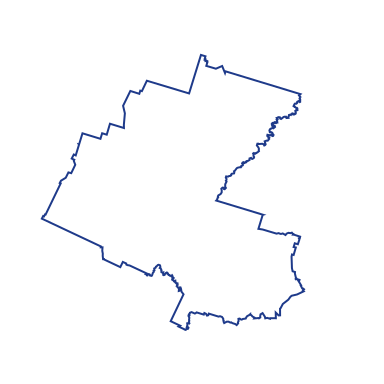 the district of Greater Bendigo, Victoria, Australia, rotated 17°
{"feature_id": "25037944B4073485904680", "entity_name": "Greater Bendigo", "entity_type": "district", "adm_level": 2, "iso_a3": "AUS", "parent_name": "Australia", "parent_adm1": "Victoria", "projection": "robinson", "projection_center": [144.51, -36.723], "detail": "fine", "context": "isolated", "style": "outline", "palette": "blue", "viewbox_px": 384, "rotation_deg": 17, "n_neighbors": 0, "source": "geoboundaries", "source_scale": "gbopen_adm2", "svg_char_len": 6049}
<svg xmlns="http://www.w3.org/2000/svg" viewBox="0 0 384 384"><g transform="rotate(17 192 192)"><path d="M160.5,58.3L160.4,98.6L116.3,98.8L114.6,110.2L112.9,110.2L112.9,113.5L103.5,113.4L100.9,129.7L104.8,136.4L107.2,147.7L108.2,150.7L93.6,150.7L93.7,162.1L88.9,162.1L88.9,167.9L70.1,167.9L70.1,179.6L69.8,179.6L70.1,179.9L70.1,191.0L68.0,190.7L67.2,195.2L70.0,195.6L69.8,196.7L72.4,200.1L71.0,209.3L68.1,209.4L67.1,215.3L63.4,219.5L62.9,222.1L63.9,222.2L58.6,256.4L58.0,256.4L57.6,258.6L56.7,258.5L56.2,261.4L120.8,270.7L120.9,271.6L122.6,271.1L123.4,274.5L124.7,277.0L125.3,279.2L126.6,282.2L127.4,281.9L127.5,282.2L145.4,284.8L146.3,279.1L150.0,279.6L150.4,280.6L151.5,280.8L153.8,280.5L172.3,283.1L171.8,284.0L172.5,284.0L173.1,284.9L173.8,284.8L173.9,284.2L174.7,283.1L175.8,283.3L176.2,284.1L177.7,284.1L178.0,283.9L178.2,283.1L178.2,280.8L178.8,279.5L178.3,278.5L179.0,277.9L178.2,276.2L179.3,275.1L179.3,274.0L179.7,273.7L180.7,271.8L181.5,271.3L182.9,271.5L183.7,273.0L183.4,274.1L184.4,274.3L185.3,275.1L185.3,275.7L186.0,276.3L186.0,277.4L187.4,277.9L188.1,277.3L188.7,279.7L189.3,279.8L190.0,279.3L189.9,278.6L190.7,277.8L190.7,277.1L191.5,276.3L192.8,276.9L192.8,277.4L193.4,277.9L194.0,278.2L194.7,277.9L195.2,278.5L196.0,278.4L196.8,278.7L197.3,277.4L197.6,277.6L198.0,278.9L198.4,278.8L198.9,279.5L199.6,279.6L199.6,279.9L198.6,280.6L198.5,281.2L198.7,281.7L200.4,282.0L200.7,282.6L201.4,282.9L202.1,281.9L203.0,283.7L204.7,283.6L204.7,284.0L205.2,284.3L204.7,285.3L205.4,285.8L205.2,286.3L205.7,286.3L206.0,287.3L208.1,288.2L208.0,289.2L208.3,290.5L208.9,290.1L209.8,288.7L208.4,287.0L208.4,286.7L208.9,286.6L209.8,287.8L211.1,290.4L213.8,292.3L209.4,321.8L219.7,323.3L218.5,324.6L224.7,325.5L225.0,325.7L226.3,325.7L226.7,324.3L228.0,324.2L228.3,323.2L228.3,322.8L227.9,322.5L226.5,322.7L226.5,320.5L225.8,319.0L226.8,318.5L227.8,318.6L227.9,318.3L227.0,317.5L227.1,316.0L226.6,315.4L226.2,313.0L224.9,311.6L225.7,310.8L225.6,310.4L224.8,309.9L225.3,308.9L225.3,308.1L226.7,307.0L230.2,307.4L230.8,307.0L231.6,305.8L239.1,305.8L239.2,304.1L241.0,304.4L242.5,305.8L243.6,305.1L243.6,303.4L253.8,303.4L255.1,302.6L257.2,302.7L258.9,304.0L259.3,305.3L259.9,305.7L260.1,306.8L261.1,307.9L263.2,305.8L265.0,305.3L266.1,305.6L267.1,305.6L267.5,305.2L269.0,305.6L272.0,305.6L273.6,306.2L274.5,304.1L274.1,303.6L274.1,302.5L274.3,301.8L273.5,299.7L274.6,299.1L276.0,299.6L276.9,299.5L277.7,298.6L280.4,297.3L280.5,296.1L281.1,294.5L282.5,293.2L283.4,291.8L283.6,292.4L284.7,292.4L286.3,293.4L288.7,293.9L288.5,294.7L292.9,292.9L293.1,293.1L294.0,292.0L293.6,291.1L293.3,289.0L294.9,287.2L298.2,290.0L299.0,291.4L300.7,290.4L303.8,290.4L303.8,289.8L309.1,288.2L307.3,282.8L311.0,284.7L312.3,284.2L310.3,277.8L310.7,277.2L311.6,272.5L315.6,266.8L316.7,263.6L317.6,262.1L322.4,259.3L327.8,254.4L326.9,254.1L327.6,252.3L326.5,251.9L326.2,252.3L325.5,251.9L323.3,249.6L323.6,249.3L320.1,246.2L320.5,246.1L320.5,244.6L317.3,244.6L316.9,245.1L316.6,244.9L317.2,244.1L316.3,243.4L314.2,239.8L313.9,238.4L311.4,238.4L309.8,235.5L306.1,224.7L305.9,222.5L307.6,222.5L307.5,214.7L305.3,214.9L305.3,211.0L308.5,211.0L308.6,206.0L307.8,205.1L308.6,204.6L308.5,203.1L302.1,203.0L300.9,203.3L301.0,202.5L300.6,202.5L299.4,201.7L298.1,202.6L296.3,202.8L295.5,203.4L294.6,204.2L294.0,205.8L290.9,205.1L289.9,205.8L288.8,206.2L286.9,206.0L285.0,207.1L270.6,207.2L266.3,207.8L266.3,193.2L266.6,193.0L217.7,193.1L218.3,191.8L218.1,190.6L218.3,190.4L218.6,189.3L218.0,188.6L218.2,187.5L219.9,185.7L220.5,183.8L220.0,181.9L219.1,180.3L219.9,178.9L220.4,178.7L222.1,179.3L222.0,179.8L222.4,179.8L223.2,178.2L222.2,177.3L221.5,174.8L222.0,172.0L221.1,171.3L221.4,170.4L221.2,169.4L220.1,168.4L220.1,167.1L221.9,166.8L222.8,165.9L224.1,165.3L224.6,164.6L224.3,164.0L224.6,163.0L226.8,161.9L226.7,160.8L226.1,159.9L226.7,159.3L227.8,156.3L228.3,155.6L230.3,154.4L231.5,154.1L231.7,153.6L231.4,153.0L232.8,151.6L232.6,150.7L231.6,150.1L231.7,149.2L232.1,148.7L232.6,148.4L233.1,149.0L233.7,149.0L233.9,148.4L234.8,148.1L235.2,147.6L234.8,147.1L235.1,146.5L236.4,145.9L237.7,144.5L237.2,143.1L238.5,142.1L239.6,142.8L240.1,142.7L241.2,141.3L241.2,140.4L240.3,139.6L239.8,138.0L239.2,137.3L239.8,136.6L241.1,137.0L241.5,136.2L242.2,136.0L242.3,135.5L243.0,135.0L244.1,133.3L243.5,132.4L243.5,131.5L243.3,131.0L242.5,130.0L240.4,128.5L240.4,126.7L241.2,126.4L241.6,126.7L245.2,125.3L246.6,125.5L247.5,126.4L248.1,125.9L248.5,125.0L248.4,124.7L247.4,124.5L247.6,123.6L246.7,122.3L248.2,121.1L249.4,120.8L250.3,118.7L250.0,118.3L250.0,117.4L249.2,117.7L248.9,116.8L247.8,116.6L247.4,115.8L247.4,115.2L249.1,115.1L250.8,114.5L251.2,114.0L251.7,114.6L252.5,115.0L253.2,114.6L253.3,113.6L251.7,112.4L251.5,111.9L250.5,111.6L249.8,112.0L249.4,111.7L248.9,112.0L248.0,110.4L248.3,109.0L248.9,108.6L249.1,108.1L250.5,107.2L251.2,107.3L252.4,105.5L251.7,104.5L251.1,104.7L250.0,104.7L250.0,105.4L249.6,105.5L248.8,104.5L249.4,103.6L248.8,103.7L248.4,103.4L248.8,102.4L250.6,101.4L250.7,101.0L251.2,100.9L251.6,101.6L252.3,101.5L252.6,100.8L253.3,100.6L253.0,99.9L252.5,99.7L252.6,99.1L252.2,98.6L252.5,97.8L251.7,97.7L251.8,96.8L251.4,96.4L252.1,96.0L252.5,95.3L253.2,95.0L253.6,95.4L254.3,95.0L255.1,96.1L255.8,96.1L256.0,95.4L256.6,95.2L257.6,93.5L258.8,92.8L259.5,92.9L259.9,92.5L260.5,92.8L260.8,93.6L262.6,92.9L262.2,92.3L262.4,91.4L262.2,90.1L262.9,89.8L263.3,89.2L264.1,89.4L264.9,87.5L265.5,87.5L266.2,88.3L266.9,88.0L266.7,87.4L267.8,87.3L268.2,86.8L268.2,86.0L267.7,85.5L267.6,84.7L267.1,84.3L267.6,83.7L267.7,83.0L268.4,83.2L268.9,82.9L268.3,81.2L267.8,80.9L267.1,81.2L266.0,80.6L265.5,80.7L264.8,79.9L264.3,80.3L264.0,80.2L264.3,78.1L264.7,77.3L265.9,77.1L266.4,76.4L266.6,75.6L266.2,75.3L266.3,74.9L267.5,73.7L268.8,74.5L269.1,74.2L268.4,71.8L267.6,71.3L267.8,70.8L267.2,69.3L267.4,69.2L266.1,68.4L267.1,66.7L188.8,66.8L188.8,68.6L184.0,62.7L178.8,67.1L168.8,67.2L168.8,63.7L168.5,63.7L168.5,62.4L167.8,62.2L166.6,62.8L166.3,61.8L165.4,61.9L165.4,61.5L166.0,61.1L166.0,60.9L165.2,60.7L165.2,58.3L160.5,58.3Z" fill="none" stroke="#1e3a8a" stroke-width="2"/></g></svg>